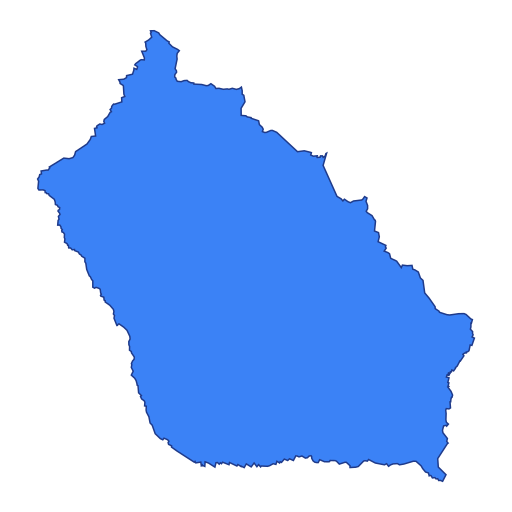 Non Sila, Khon Kaen, Thailand (Albers equal-area conic projection)
{"feature_id": "78962969B89179811023698", "entity_name": "Non Sila", "entity_type": "district", "adm_level": 2, "iso_a3": "THA", "parent_name": "Thailand", "parent_adm1": "Khon Kaen", "projection": "albers", "projection_center": [102.669, 15.978], "detail": "fine", "context": "isolated", "style": "filled", "palette": "blue", "viewbox_px": 512, "rotation_deg": 0, "n_neighbors": 0, "source": "geoboundaries", "source_scale": "gbopen_adm2", "svg_char_len": 5969}
<svg xmlns="http://www.w3.org/2000/svg" viewBox="0 0 512 512"><path d="M150.5,30.8L151.2,32.6L150.5,33.2L151.7,37.2L148.6,40.0L145.1,42.1L145.7,43.2L145.9,46.5L146.9,49.7L145.7,51.2L141.7,51.2L144.4,57.9L144.3,59.9L141.2,59.7L140.3,60.1L135.6,63.7L134.8,64.9L137.5,66.6L137.4,67.6L136.7,69.4L134.0,68.2L133.8,70.3L132.5,74.2L126.6,75.6L126.5,77.6L123.8,79.2L118.7,79.7L120.0,82.2L120.1,83.5L123.0,85.3L123.4,86.0L123.9,94.2L124.8,96.5L121.6,97.7L121.8,101.9L114.7,104.2L113.7,104.0L112.9,104.8L111.7,106.4L111.5,108.2L110.1,109.5L111.4,111.7L110.1,112.4L107.7,116.6L104.3,119.4L103.8,121.4L104.6,123.2L102.0,124.5L99.8,124.0L97.0,125.8L96.6,126.6L97.0,127.8L94.5,128.4L95.6,136.0L91.3,136.5L90.3,139.4L87.0,144.0L75.6,151.6L74.6,155.2L72.9,157.6L69.1,158.7L63.8,158.1L49.3,167.0L49.8,167.8L48.1,170.1L46.3,170.1L41.1,171.0L41.5,173.9L39.7,174.6L39.2,176.8L37.6,179.0L38.6,181.2L37.9,188.4L38.9,190.0L43.1,189.9L45.0,190.6L45.2,192.6L46.2,192.7L46.8,193.6L48.6,193.8L49.2,195.4L54.3,199.3L55.2,201.9L55.4,204.5L57.4,205.3L58.0,206.7L59.7,207.6L59.5,209.5L58.2,210.3L58.0,211.1L59.6,213.2L60.0,214.5L58.4,216.4L59.0,219.1L58.1,220.5L57.7,225.1L59.8,225.1L60.9,226.7L61.1,228.4L62.3,229.6L61.7,230.6L62.0,232.0L63.3,232.4L64.5,234.1L64.3,237.5L64.9,238.9L64.5,242.2L67.1,243.6L67.6,245.2L68.4,245.3L68.7,247.9L70.6,248.0L72.2,249.8L74.5,249.5L74.7,250.6L78.3,252.0L79.5,254.1L80.8,254.7L81.7,256.2L84.9,258.2L84.9,261.8L85.8,263.2L86.7,269.4L89.3,275.9L90.3,276.6L91.6,279.5L92.8,280.8L92.8,287.2L94.6,288.2L95.7,287.5L96.6,287.5L99.1,288.4L100.2,289.3L100.7,293.0L101.3,294.2L100.5,295.3L100.8,296.1L103.8,297.2L104.1,300.1L105.2,300.7L105.2,302.0L109.9,305.3L113.4,309.4L113.9,311.6L113.4,314.0L114.5,315.5L114.0,318.2L116.9,325.5L117.4,325.4L118.4,324.0L119.1,323.9L123.8,327.2L127.0,330.3L129.8,336.3L130.1,339.0L128.8,341.6L128.9,344.8L129.6,346.5L129.5,350.2L131.3,351.5L131.5,352.9L134.3,357.0L134.1,359.3L132.6,360.9L131.4,363.6L131.8,364.8L131.3,367.4L133.2,371.2L131.3,375.1L134.7,378.2L136.1,380.6L137.1,384.2L137.0,385.0L138.0,385.7L138.6,392.8L141.4,395.6L140.5,396.5L141.6,398.9L144.3,400.9L144.9,402.3L144.6,405.9L146.3,406.2L146.1,410.1L146.5,412.2L148.9,416.8L150.1,423.0L152.2,425.2L155.2,433.7L160.3,438.6L162.8,439.8L164.0,438.2L167.6,439.7L168.9,441.2L168.1,442.6L168.6,444.4L171.6,445.8L171.5,447.1L177.1,451.1L194.3,462.2L195.0,461.4L195.8,462.9L200.8,462.1L201.3,465.7L202.2,465.0L202.3,465.8L203.2,465.7L204.8,466.4L205.1,461.8L208.6,463.1L214.9,467.1L216.0,462.7L217.4,462.5L219.2,464.2L220.4,462.8L221.5,463.7L222.6,462.2L229.0,464.7L229.5,462.5L236.9,466.0L237.9,464.5L241.0,466.5L241.1,466.1L244.2,467.6L246.3,463.9L251.2,466.9L254.1,463.0L256.9,466.7L258.6,464.6L260.6,466.9L261.2,466.0L267.6,466.3L269.6,465.7L273.2,463.7L275.9,464.4L276.9,461.3L279.6,463.0L280.2,461.7L281.5,462.4L284.3,459.1L287.7,460.5L289.5,458.8L293.4,460.5L295.8,455.9L297.1,456.0L299.0,456.9L301.9,456.0L305.4,458.1L307.5,457.7L309.0,456.1L311.0,455.7L311.6,456.4L311.7,458.3L313.1,460.9L314.8,462.2L316.8,462.6L318.2,462.6L319.7,459.7L324.4,461.7L328.2,461.8L329.5,461.6L330.1,460.5L335.2,460.6L336.5,461.2L339.3,464.1L344.9,462.3L346.3,462.3L350.0,465.7L350.0,467.5L350.6,467.5L355.7,467.2L358.3,466.5L363.6,461.1L364.9,460.7L367.4,461.1L368.6,459.5L375.3,463.0L384.5,464.8L386.6,463.7L388.6,466.3L390.5,464.9L393.1,463.9L397.4,463.6L399.5,464.8L404.0,464.0L413.4,461.2L416.0,461.3L421.1,465.8L422.7,468.6L425.5,472.0L428.4,472.9L429.2,475.8L429.8,475.4L431.0,475.6L432.4,477.9L434.9,477.6L436.0,478.9L437.7,478.7L438.7,480.5L440.4,480.4L442.6,481.3L446.0,474.7L438.3,467.1L437.7,458.6L447.4,443.6L448.1,443.1L446.7,441.4L447.4,438.5L442.9,432.7L442.5,430.2L443.6,425.9L446.2,425.3L446.7,426.1L448.4,424.1L446.4,422.3L445.9,420.0L446.1,413.5L445.7,410.2L446.3,408.6L449.0,408.9L450.5,407.9L450.0,401.9L450.7,401.8L450.9,399.3L451.5,397.3L452.0,397.3L452.6,395.1L451.0,391.3L447.8,387.0L448.8,386.4L448.1,385.9L448.9,382.9L447.8,382.5L449.0,377.8L446.4,377.1L447.1,374.9L448.9,375.4L449.3,374.5L448.1,374.3L448.5,372.9L450.1,373.2L450.4,371.7L451.4,371.9L451.9,370.0L453.6,370.9L455.5,368.3L455.4,367.7L457.2,366.1L459.9,360.9L460.3,361.1L463.9,355.8L462.9,354.3L464.5,353.1L466.3,352.9L466.2,352.1L467.6,351.8L469.0,350.7L470.2,345.0L471.9,345.4L474.4,338.1L472.1,337.0L473.1,334.8L472.5,333.4L472.6,331.6L470.4,329.2L470.9,326.9L470.9,323.2L471.4,323.3L472.4,319.6L470.8,318.9L466.1,314.5L464.0,313.6L458.7,313.7L449.6,315.0L447.0,314.7L439.5,312.3L439.0,311.2L435.2,308.6L435.1,306.7L429.0,298.0L424.7,292.9L423.0,280.4L420.4,278.0L418.3,272.0L414.9,269.9L412.8,269.2L412.0,265.4L407.2,265.7L402.4,265.1L401.3,267.6L396.6,261.1L390.7,258.3L389.5,253.7L387.9,252.6L384.2,251.1L386.2,248.1L385.4,247.0L385.9,245.4L378.1,241.7L379.3,236.8L378.5,232.6L374.5,231.0L375.5,221.5L375.2,220.2L374.5,219.9L372.0,215.6L367.2,212.6L366.2,211.2L367.6,208.8L367.6,205.5L366.0,201.3L367.0,198.0L364.6,196.6L362.8,199.2L361.7,200.0L353.5,201.0L350.4,202.7L348.0,201.7L344.4,199.2L342.9,200.9L341.1,198.8L337.0,196.4L323.1,165.4L326.6,153.2L325.9,153.6L325.1,156.1L323.2,157.4L322.5,155.9L320.5,155.9L320.1,157.2L317.2,157.5L316.9,156.8L317.2,155.8L313.3,156.2L310.7,155.0L311.4,152.7L310.8,152.4L304.3,150.8L297.5,151.7L276.7,132.3L272.3,130.4L270.7,130.5L266.3,132.4L264.7,132.5L262.4,131.6L263.2,129.2L262.2,127.2L259.4,124.6L258.6,120.8L251.2,118.3L251.1,117.6L247.2,116.9L245.9,115.8L241.2,115.4L241.1,108.3L245.0,101.8L243.8,95.3L242.2,94.2L242.2,90.8L241.4,87.1L239.3,88.6L236.4,89.4L232.3,88.3L229.0,89.3L227.2,88.9L223.3,89.3L219.0,88.3L215.9,88.5L214.6,86.3L210.9,83.7L208.2,85.5L206.3,85.7L201.7,84.5L193.9,84.1L193.8,83.0L190.8,82.7L188.4,81.6L187.1,80.4L184.1,80.6L181.1,81.7L177.3,81.3L176.1,79.4L175.9,78.1L174.7,77.0L174.8,74.7L176.6,72.2L176.4,70.7L175.1,68.7L177.1,59.1L176.8,56.1L177.2,53.3L179.3,50.7L177.6,49.4L172.4,46.8L168.9,43.3L169.2,41.9L167.2,40.9L159.8,34.7L158.7,32.9L154.2,30.7L150.5,30.8Z" fill="#3b82f6" stroke="#1e3a8a" stroke-width="1.5"/></svg>